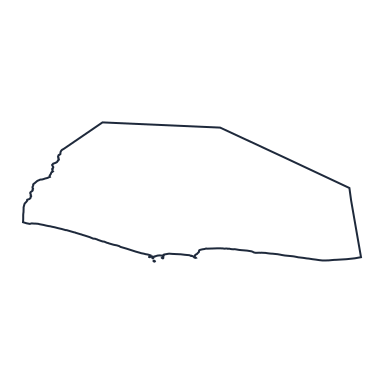 Mýrdalshreppur, Suðurland, Iceland (Natural Earth projection)
{"feature_id": "244011B6689541001554", "entity_name": "Mýrdalshreppur", "entity_type": "district", "adm_level": 2, "iso_a3": "ISL", "parent_name": "Iceland", "parent_adm1": "Suðurland", "projection": "natural_earth1", "projection_center": [-19.16, 63.515], "detail": "fine", "context": "isolated", "style": "outline", "palette": "slate", "viewbox_px": 384, "rotation_deg": 0, "n_neighbors": 0, "source": "geoboundaries", "source_scale": "gbopen_adm2", "svg_char_len": 5352}
<svg xmlns="http://www.w3.org/2000/svg" viewBox="0 0 384 384"><path d="M361.0,257.2L351.1,200.4L349.4,188.0L284.0,157.3L220.1,127.6L159.1,124.9L102.5,122.4L63.7,148.9L62.1,149.8L61.4,150.5L61.0,151.1L60.7,151.7L60.5,152.2L60.4,153.8L60.3,154.2L59.9,154.4L59.6,154.7L59.3,154.7L59.0,154.9L58.8,155.0L58.7,155.1L58.8,155.3L58.4,155.8L58.2,156.1L58.3,156.2L58.1,156.6L58.1,156.8L58.1,157.1L58.2,157.3L58.2,157.6L58.5,157.8L58.6,158.0L58.6,158.3L58.4,158.8L58.5,159.0L58.9,159.4L58.9,159.6L58.7,159.8L58.5,160.1L58.4,160.3L57.9,160.5L57.7,160.9L57.6,161.1L57.6,161.3L57.2,161.7L57.1,161.9L56.9,162.1L56.3,162.5L55.8,162.6L55.6,162.8L54.0,163.4L53.6,163.5L53.1,163.7L53.0,163.9L52.9,164.1L52.4,164.6L52.1,164.9L52.1,165.0L52.2,165.3L52.4,165.6L52.6,165.9L52.7,166.1L52.9,166.5L53.2,166.9L53.3,167.1L53.2,167.4L53.1,167.9L52.9,168.1L52.4,168.5L52.4,168.8L52.2,169.0L52.2,169.3L52.6,169.5L52.4,170.3L52.5,170.6L52.4,170.9L52.6,171.1L52.6,171.4L52.8,171.5L52.7,171.6L52.4,171.9L51.7,172.1L51.4,172.4L51.2,172.8L51.1,173.2L50.9,173.5L50.8,173.9L50.8,174.0L50.5,174.4L50.4,174.6L50.2,174.8L50.1,175.1L49.7,175.5L49.7,176.5L49.9,176.9L48.8,177.3L48.4,177.5L47.6,177.9L46.5,178.2L45.2,178.5L43.5,179.1L42.4,179.4L42.0,179.5L40.9,179.5L40.5,179.6L39.7,179.8L38.8,180.3L37.7,180.7L37.2,181.0L35.9,182.1L34.4,183.4L33.7,183.8L33.5,184.1L33.2,184.4L33.2,184.7L33.2,185.5L33.1,185.8L32.6,186.7L32.5,187.4L32.5,187.8L33.0,188.4L33.1,188.7L33.1,188.9L32.9,189.1L32.6,189.4L32.5,189.8L32.5,190.0L32.7,190.4L32.7,190.5L32.1,191.1L31.3,191.6L30.5,192.3L30.3,192.5L30.3,192.9L30.4,193.2L30.4,193.4L30.3,193.6L30.4,193.8L30.8,194.3L30.8,194.7L30.7,194.9L30.6,195.4L30.7,195.6L31.1,195.9L31.2,196.1L30.8,196.8L30.6,197.0L30.6,197.4L30.6,197.6L30.5,197.8L30.4,198.1L30.1,198.3L29.9,198.5L29.7,198.8L29.2,199.1L27.6,199.6L27.3,199.7L27.2,199.9L27.1,200.0L27.2,200.4L27.2,200.7L27.1,200.8L26.1,202.1L24.7,203.5L24.6,203.8L24.5,204.0L24.1,205.4L23.6,207.3L23.6,208.7L23.5,212.4L23.4,212.7L23.2,214.9L23.2,217.6L23.2,219.1L23.1,221.0L23.0,222.2L26.6,223.3L28.2,223.6L29.7,223.9L30.2,223.8L31.2,223.5L31.8,223.4L32.1,223.4L32.7,223.5L34.4,223.6L35.4,223.6L38.0,223.8L38.5,223.9L39.5,224.2L43.3,224.9L46.2,225.6L48.7,226.1L50.3,226.3L51.8,226.7L54.8,227.3L58.2,228.2L60.4,228.7L61.4,228.9L64.2,229.7L65.6,230.1L66.4,230.1L66.8,230.2L74.0,232.3L75.1,232.5L75.7,232.8L80.7,234.3L81.6,234.5L82.2,234.8L83.2,235.1L84.6,235.5L89.9,237.2L90.7,237.6L91.3,237.8L92.6,238.4L93.2,238.6L94.4,238.7L95.3,238.8L96.3,239.2L97.3,239.5L98.0,239.9L98.6,240.1L99.5,240.4L101.5,241.1L102.8,241.5L104.1,241.6L104.9,241.9L106.0,242.4L107.0,242.8L108.3,243.1L108.9,243.4L113.4,244.7L114.3,244.9L115.9,245.2L116.6,245.3L119.2,246.1L120.5,246.9L126.7,248.7L135.7,251.6L140.0,252.8L141.2,253.2L143.9,253.7L145.7,254.2L147.1,254.4L148.4,254.7L150.6,255.4L150.6,255.6L150.4,255.8L150.5,256.2L151.2,256.5L151.4,256.5L151.8,256.4L152.6,256.5L153.0,256.7L153.2,256.9L153.3,257.1L153.3,257.3L153.2,257.5L152.9,257.7L152.4,257.7L152.3,257.9L152.5,258.2L152.7,258.3L152.8,258.3L153.0,258.3L153.1,258.2L153.3,257.8L153.3,257.6L153.5,257.6L153.6,257.4L153.8,257.1L154.0,256.9L154.1,256.7L154.5,256.4L155.0,256.4L155.4,256.3L155.6,256.3L156.0,256.0L156.9,255.8L157.5,255.6L159.4,255.4L161.2,255.5L162.0,255.7L162.3,255.7L162.8,255.8L163.1,255.8L163.3,255.9L163.5,255.9L163.7,255.7L163.8,255.4L163.4,255.0L163.4,254.9L163.5,254.8L163.9,254.7L164.2,254.5L166.5,254.1L168.1,253.8L168.9,253.7L169.7,253.7L172.2,253.9L176.3,254.1L180.8,254.3L184.9,254.8L189.4,255.2L190.0,255.4L190.4,255.7L190.5,255.8L190.9,255.8L191.2,255.7L191.3,255.8L191.5,256.0L192.2,256.0L192.4,256.1L192.6,256.1L192.8,256.2L193.1,256.4L193.3,256.5L193.8,256.6L194.4,256.4L194.7,256.2L195.0,255.6L195.0,255.3L195.2,255.1L195.9,254.5L197.1,253.9L197.4,253.4L198.3,252.6L198.7,252.3L198.9,251.9L199.0,251.5L198.9,251.3L198.9,251.2L199.1,250.7L199.3,250.5L199.3,250.3L199.6,250.1L200.1,249.9L200.8,249.7L202.5,249.3L204.6,249.0L205.8,248.6L206.2,248.5L206.4,248.6L206.8,248.7L209.3,248.6L212.7,248.5L218.0,248.3L222.5,248.4L224.7,248.7L226.0,248.5L226.7,248.5L227.0,248.5L227.5,248.7L227.8,248.8L228.2,248.8L228.5,248.7L229.3,248.7L229.7,248.8L231.1,249.1L233.4,249.3L234.0,249.2L234.6,249.2L235.5,249.3L239.0,249.9L240.9,250.1L247.0,250.6L250.1,251.1L251.4,251.3L252.8,251.8L253.5,252.3L254.6,252.6L255.5,252.8L256.7,252.8L259.4,252.7L260.5,252.8L261.2,252.7L261.5,252.7L262.9,252.8L265.4,252.9L267.3,253.2L268.8,253.4L270.7,253.6L272.6,253.7L277.6,254.2L280.4,254.7L281.8,255.0L284.8,255.5L292.1,256.2L293.8,256.4L296.9,257.0L298.2,257.3L299.2,257.4L303.5,257.9L306.6,258.4L308.8,258.6L312.5,259.2L315.8,259.6L319.1,260.1L321.8,260.4L322.9,260.5L328.5,260.4L333.9,259.9L336.3,259.8L346.5,259.2L354.9,258.3L357.6,257.8L361.0,257.2ZM162.9,258.4L163.1,258.3L163.2,258.2L163.3,257.9L163.3,257.7L163.1,257.7L162.5,257.6L162.0,257.8L161.9,257.9L162.0,258.0L162.6,258.3L162.9,258.4ZM154.6,261.6L154.8,261.4L154.7,261.3L154.6,261.1L154.6,260.9L154.4,260.8L154.2,260.7L153.8,260.8L153.6,260.8L153.5,261.0L154.0,261.5L154.3,261.6L154.6,261.6ZM149.8,257.2L150.1,257.0L150.3,256.9L150.2,256.6L149.5,256.6L149.3,256.7L149.1,256.9L149.1,257.0L149.8,257.2ZM195.6,257.6L194.7,257.2L194.3,257.2L194.1,257.3L194.3,257.5L194.6,257.6L194.9,257.6L195.0,257.7L195.1,257.8L195.6,257.9L195.9,257.8L195.8,257.7L195.6,257.6Z" fill="none" stroke="#1e293b" stroke-width="2"/></svg>